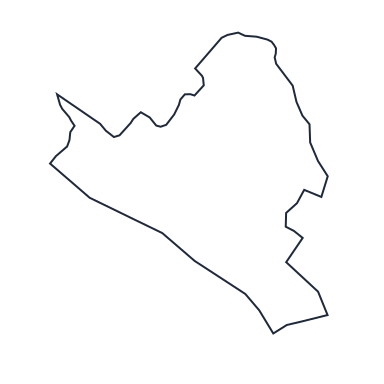 Ilukstes, Albers equal-area conic projection, rotated 352°
{"feature_id": "LVA-5749", "entity_name": "Ilukstes", "entity_type": "Municipality", "adm_level": 1, "iso_a3": "LVA", "parent_name": "Latvia", "parent_adm1": "", "projection": "albers", "projection_center": [26.129, 55.982], "detail": "fine", "context": "isolated", "style": "outline", "palette": "slate", "viewbox_px": 384, "rotation_deg": 352, "n_neighbors": 0, "source": "natural_earth", "source_scale": "10m", "svg_char_len": 994}
<svg xmlns="http://www.w3.org/2000/svg" viewBox="0 0 384 384"><g transform="rotate(352 192 192)"><path d="M131.0,211.2L89.9,183.5L55.4,144.1L55.5,144.0L62.3,137.5L74.7,129.5L77.9,123.5L79.8,115.8L84.9,110.1L82.2,104.5L80.9,100.8L75.1,91.7L73.5,87.3L72.0,76.5L110.5,111.7L115.2,119.3L122.3,126.7L128.1,125.8L140.8,115.2L144.1,111.4L152.4,105.9L160.5,112.3L165.8,121.2L170.0,123.0L175.8,121.9L185.1,112.8L191.1,104.0L193.4,98.8L198.5,94.3L203.9,94.9L207.9,96.8L218.5,88.0L218.8,80.5L218.0,78.3L212.3,70.1L242.8,43.4L249.1,41.4L259.9,40.6L266.2,44.7L277.6,47.2L288.0,51.6L291.7,54.2L293.7,57.8L295.2,61.4L294.2,66.7L292.6,70.2L293.2,76.8L306.5,100.7L308.0,117.3L312.0,131.8L317.8,141.3L315.9,159.4L321.1,178.9L328.6,195.3L319.4,214.9L303.4,205.5L294.4,217.7L282.3,225.8L280.0,239.4L287.6,244.8L295.2,252.9L275.5,274.6L303.0,308.3L309.1,332.7L282.5,335.5L267.3,336.9L252.8,343.4L242.1,318.5L230.6,300.4L185.0,260.6L156.8,228.5L131.0,211.2Z" fill="none" stroke="#1e293b" stroke-width="2"/></g></svg>